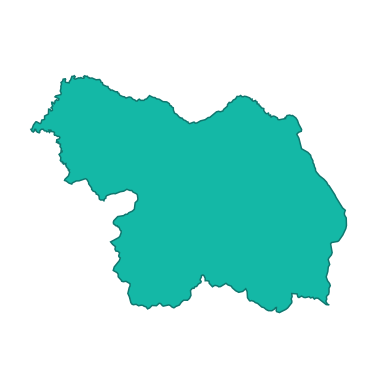 Ayabaca, Piura, Peru, rotated 350°
{"feature_id": "86281439B3265311261772", "entity_name": "Ayabaca", "entity_type": "district", "adm_level": 2, "iso_a3": "PER", "parent_name": "Peru", "parent_adm1": "Piura", "projection": "mercator", "projection_center": [-79.898, -4.698], "detail": "fine", "context": "isolated", "style": "filled", "palette": "teal", "viewbox_px": 384, "rotation_deg": 350, "n_neighbors": 0, "source": "geoboundaries", "source_scale": "gbopen_adm2", "svg_char_len": 5925}
<svg xmlns="http://www.w3.org/2000/svg" viewBox="0 0 384 384"><g transform="rotate(350 192 192)"><path d="M339.8,236.6L337.5,233.8L332.9,222.3L332.2,219.5L328.1,209.7L327.2,208.7L326.3,205.7L324.1,202.3L320.4,198.2L318.0,194.0L317.4,192.4L317.6,190.4L317.0,188.5L316.9,185.8L316.2,184.2L316.5,182.2L315.3,178.6L315.2,176.4L313.0,173.1L307.4,168.4L306.6,157.5L305.2,153.3L307.4,151.7L310.2,151.2L310.8,149.4L308.9,143.7L308.3,139.8L307.1,137.0L304.3,134.1L303.1,134.1L301.6,133.2L298.8,133.2L297.6,134.6L296.6,134.8L296.8,135.9L290.5,136.0L289.3,135.6L288.9,133.8L286.5,131.8L285.1,131.3L282.9,131.9L282.7,129.9L281.8,130.3L281.3,129.9L281.0,127.6L279.4,127.9L278.4,127.5L277.7,126.4L276.8,124.2L277.2,122.3L275.0,121.2L274.2,119.3L273.3,118.7L273.1,117.1L271.4,116.4L271.8,114.7L270.7,114.0L270.5,112.9L268.1,113.2L267.0,112.2L267.4,111.0L265.9,110.8L265.3,109.4L262.0,107.4L260.2,106.8L259.3,107.1L257.7,106.8L256.7,105.4L255.0,106.1L252.9,105.7L251.0,107.9L248.6,108.6L246.7,110.4L244.7,110.7L244.2,110.2L242.2,112.0L241.7,113.7L237.7,116.0L236.4,117.6L233.7,117.9L232.2,117.1L230.0,117.3L222.5,121.6L220.8,121.5L217.5,123.1L212.8,123.4L209.0,124.8L207.1,124.8L206.5,123.7L205.7,123.5L201.6,124.3L200.4,123.4L200.2,122.3L199.2,122.0L198.1,120.6L196.2,119.5L195.0,117.4L194.2,117.5L193.7,116.8L192.8,116.6L190.5,112.8L188.5,111.3L187.9,108.2L188.2,105.8L187.1,105.0L186.5,103.6L185.4,103.0L185.0,101.0L182.8,98.9L179.0,97.9L175.9,95.0L173.1,94.0L172.0,92.6L170.1,92.1L166.9,89.7L163.4,92.5L162.0,92.5L160.6,93.4L157.2,92.8L156.4,91.5L155.5,91.6L153.7,92.9L152.7,92.7L151.9,91.6L149.9,90.4L148.4,88.2L146.6,87.5L143.3,88.0L141.8,86.4L140.5,86.1L137.7,84.2L137.0,82.0L136.1,81.6L136.0,80.4L133.9,79.9L130.9,77.6L129.4,77.7L129.0,76.4L127.9,75.6L127.5,73.5L126.0,73.1L122.9,70.9L122.7,68.7L121.3,67.8L121.4,66.7L120.6,65.2L117.0,64.8L113.4,62.4L110.7,62.1L110.6,61.5L109.7,61.2L109.0,59.8L107.5,59.7L106.6,58.9L105.3,59.5L105.7,60.7L105.2,61.2L103.6,60.9L102.4,60.0L101.6,60.4L100.4,59.9L96.6,60.6L95.5,59.7L97.0,58.2L96.2,57.0L95.3,57.5L93.8,57.3L91.7,60.9L90.6,61.6L89.9,63.2L86.5,62.0L86.3,60.8L87.1,59.1L86.9,58.5L84.7,58.5L83.8,60.4L82.0,61.4L82.3,63.0L81.2,65.1L81.0,66.9L79.8,69.7L80.4,71.9L79.7,73.3L74.6,73.7L73.6,74.5L77.1,77.0L76.8,78.1L75.7,78.5L74.7,77.6L72.8,78.7L72.6,79.9L71.7,81.2L70.8,80.5L70.6,79.5L69.4,79.3L69.3,81.4L69.8,83.1L67.9,84.6L68.9,85.4L68.7,87.4L67.2,87.7L66.5,85.9L65.2,85.5L64.1,90.3L60.0,91.6L59.4,94.9L56.5,95.1L55.4,97.7L54.2,98.3L51.2,95.9L50.3,95.8L47.5,98.5L45.4,102.1L44.2,102.3L45.0,104.4L46.1,105.4L47.2,104.6L48.0,103.0L49.0,103.2L49.0,104.7L50.1,106.2L51.8,107.2L52.4,106.8L52.8,105.2L54.5,104.1L56.3,104.3L57.3,106.1L59.0,106.6L59.4,107.5L61.4,107.3L62.0,108.6L62.7,108.0L61.9,106.2L63.8,106.6L64.4,108.2L65.9,108.6L66.9,109.5L66.3,111.3L66.5,112.2L67.4,112.3L69.4,114.0L70.5,114.0L71.4,115.2L70.7,116.5L67.9,117.1L67.2,119.4L68.0,119.4L67.8,119.9L68.4,120.4L69.2,119.9L69.3,121.2L70.8,122.1L70.3,123.0L70.5,123.7L69.9,124.4L70.9,126.5L70.3,128.3L71.3,129.2L70.8,130.0L70.0,129.5L69.5,130.7L67.6,131.9L68.8,135.2L68.2,137.5L67.8,137.8L68.4,139.3L69.2,139.4L69.2,139.9L69.9,140.2L69.6,141.0L70.6,141.3L70.4,142.2L72.7,142.1L72.2,143.3L72.7,144.0L72.5,145.0L74.2,147.9L74.0,148.8L74.9,149.1L74.5,149.5L74.9,151.4L73.1,154.7L69.1,157.4L68.5,158.5L70.0,159.3L72.4,161.9L75.0,163.3L75.7,162.3L80.0,161.0L82.7,161.4L89.3,160.4L90.6,161.3L91.8,164.3L91.7,166.1L93.9,170.7L93.6,171.9L94.7,173.9L96.6,175.0L97.3,176.2L97.3,177.4L98.8,178.2L99.7,180.0L99.5,182.8L100.6,184.0L103.1,184.4L103.7,185.3L104.7,183.6L106.1,183.1L106.4,181.5L107.6,180.7L111.9,179.9L114.7,179.9L116.2,180.4L121.3,179.3L125.0,179.3L128.3,178.0L131.1,179.7L133.0,180.1L133.9,181.8L137.1,184.2L137.7,185.3L137.5,189.5L136.7,191.0L134.2,192.6L132.2,199.0L129.9,200.5L126.2,201.4L124.4,202.7L122.6,202.4L120.5,203.4L114.6,203.3L110.1,206.6L109.3,208.0L109.2,209.7L111.5,212.3L112.5,212.3L113.1,213.6L114.0,214.0L114.8,217.4L115.5,218.0L115.2,219.7L113.2,223.2L111.7,224.2L103.2,227.0L104.8,229.9L107.1,232.5L106.2,234.9L106.7,236.9L108.8,237.6L110.1,239.3L108.7,242.2L108.8,243.1L109.9,244.5L108.5,247.0L102.4,252.3L100.8,255.6L104.2,258.4L105.0,260.1L104.6,262.7L107.2,266.9L107.2,267.6L108.7,268.4L111.5,268.5L115.0,271.5L114.7,273.7L113.5,275.4L111.2,280.8L112.1,284.2L112.6,290.3L113.4,292.0L114.6,292.8L117.5,292.9L119.7,294.8L122.4,294.6L124.4,295.4L124.9,296.2L126.7,297.0L128.0,299.4L130.2,298.8L132.9,296.8L137.3,297.8L140.3,295.9L141.7,296.4L143.2,298.9L144.0,299.4L149.5,299.2L150.7,299.8L152.3,301.8L153.7,302.8L154.7,302.8L155.9,302.0L160.0,301.1L162.3,298.7L165.0,297.1L168.8,297.8L171.0,296.4L173.0,293.7L173.4,288.7L175.6,286.9L177.3,287.2L178.2,285.9L180.2,285.8L182.3,283.7L184.9,282.8L185.5,281.6L184.7,280.1L184.9,279.4L186.5,277.3L186.8,275.9L188.4,275.6L189.2,276.4L190.0,279.2L189.6,281.7L191.3,281.9L193.3,282.8L193.1,284.9L195.7,288.9L197.8,288.0L199.0,288.1L200.8,288.9L201.8,290.0L203.7,290.1L209.6,287.8L211.2,289.7L214.3,291.5L215.1,293.4L217.8,296.8L220.6,298.9L224.7,298.7L228.1,296.6L229.0,299.6L228.3,305.8L229.7,308.9L230.2,309.4L231.9,309.3L234.0,310.5L235.1,311.9L237.3,313.1L240.7,317.4L242.8,318.4L244.7,320.7L246.6,322.1L250.0,322.8L252.7,321.7L254.2,320.4L255.1,320.4L254.3,323.5L254.6,324.5L257.2,325.9L264.0,323.9L266.1,322.8L271.0,318.4L271.4,316.8L271.1,314.5L272.4,312.5L272.6,309.3L277.8,310.6L278.0,313.6L279.0,314.5L281.8,313.5L284.0,315.3L285.4,315.7L289.2,315.4L290.3,316.9L292.8,316.7L293.9,318.7L295.7,318.0L297.7,318.5L304.6,326.2L307.6,327.0L305.9,326.0L304.8,322.7L306.1,321.0L306.1,318.7L307.1,317.4L308.7,316.5L309.6,314.3L310.2,310.6L311.9,308.3L311.6,306.0L310.1,303.0L309.4,298.9L311.9,294.0L313.2,289.5L315.0,287.3L314.4,282.1L315.5,280.6L318.4,278.1L319.5,276.0L319.5,267.1L320.7,266.0L326.9,266.0L328.2,265.4L333.0,260.6L337.1,254.8L338.3,251.8L339.4,244.3L338.2,241.2L338.4,239.2L339.8,236.6Z" fill="#14b8a6" stroke="#0f766e" stroke-width="1.5"/></g></svg>